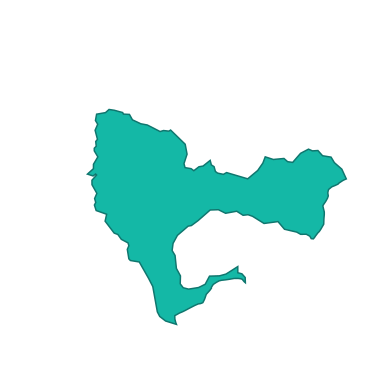 the district of Resen, Resen, North Macedonia, rotated 310°
{"feature_id": "65306769B70601166108403", "entity_name": "Resen", "entity_type": "district", "adm_level": 2, "iso_a3": "MKD", "parent_name": "North Macedonia", "parent_adm1": "Resen", "projection": "natural_earth1", "projection_center": [21.03, 41.035], "detail": "fine", "context": "isolated", "style": "filled", "palette": "teal", "viewbox_px": 384, "rotation_deg": 310, "n_neighbors": 0, "source": "geoboundaries", "source_scale": "gbopen_adm2", "svg_char_len": 2347}
<svg xmlns="http://www.w3.org/2000/svg" viewBox="0 0 384 384"><g transform="rotate(310 192 192)"><path d="M80.6,265.2L81.6,263.4L83.7,260.5L86.2,258.3L88.8,259.3L91.2,260.2L94.3,261.8L96.8,262.9L101.3,264.7L107.0,267.1L110.4,268.8L111.8,270.1L112.6,270.6L114.1,271.4L114.9,271.3L118.1,270.5L122.8,268.7L125.6,268.8L128.2,268.9L130.8,268.7L131.5,268.1L134.9,267.7L138.6,268.8L141.4,269.9L143.4,271.4L145.9,273.8L148.9,276.5L152.8,279.8L155.3,282.7L156.3,284.2L157.2,285.8L157.4,286.9L157.1,288.1L156.8,289.8L156.8,291.2L160.7,287.7L161.4,282.8L159.6,279.0L164.3,275.0L151.0,270.8L145.5,267.0L138.8,259.5L129.8,261.4L123.0,258.4L115.4,251.8L113.0,246.8L114.1,242.0L120.3,237.1L123.4,229.2L132.5,219.8L134.4,214.4L140.5,210.5L149.4,208.7L163.4,211.0L165.9,213.1L173.8,215.0L189.9,217.5L195.4,223.6L197.3,231.4L206.0,238.6L207.0,246.1L210.6,249.5L212.3,254.0L214.2,267.4L224.6,276.9L222.9,286.8L228.6,298.0L229.4,302.4L233.1,306.7L233.9,310.7L232.9,313.3L234.1,315.1L236.0,315.1L237.5,314.9L241.7,314.7L243.5,314.9L246.4,314.6L252.0,313.6L256.1,310.4L259.8,307.8L261.7,306.2L263.4,303.9L265.5,301.1L267.4,300.8L270.6,300.5L274.3,299.8L276.6,298.9L278.6,296.6L280.0,295.8L281.5,295.1L282.3,295.1L283.8,295.4L285.5,295.7L286.3,296.0L288.9,297.4L291.9,298.8L293.5,298.9L297.2,300.0L298.6,300.5L301.2,301.8L305.8,292.1L306.0,282.2L308.1,276.1L303.7,268.7L304.7,261.8L300.9,257.8L299.7,253.7L291.4,250.3L279.4,250.1L276.7,245.8L276.8,240.9L269.2,233.4L266.0,225.5L259.7,227.7L250.7,228.5L237.9,226.2L229.1,206.0L225.7,204.7L222.9,199.4L222.8,196.7L225.6,192.6L225.2,189.4L227.9,185.6L219.0,183.8L215.8,181.1L209.5,179.7L209.3,176.3L206.2,171.0L208.6,167.6L217.8,163.9L224.2,156.1L225.7,135.8L223.7,135.1L220.8,130.7L217.8,128.7L214.6,114.7L211.3,108.8L209.0,100.0L211.2,94.2L207.6,89.4L208.3,87.8L204.7,80.0L201.9,75.4L197.2,74.7L190.3,68.9L184.7,72.1L183.3,76.2L177.0,78.1L171.6,85.7L168.8,85.8L165.5,89.2L162.7,89.0L160.7,90.7L158.4,97.3L149.9,98.7L146.5,101.5L138.5,100.4L140.7,105.9L143.8,106.6L143.7,108.0L136.7,107.8L133.3,110.7L129.8,120.0L124.4,121.6L122.1,125.0L119.3,125.6L116.2,130.5L120.1,140.9L113.8,144.2L110.5,158.8L111.8,162.5L110.3,168.3L111.9,175.7L110.2,178.2L106.5,179.3L100.2,186.6L99.9,188.8L104.5,196.6L98.0,214.1L94.4,222.7L77.9,242.5L75.9,247.3L76.2,254.7L80.6,265.2Z" fill="#14b8a6" stroke="#0f766e" stroke-width="1.5"/></g></svg>